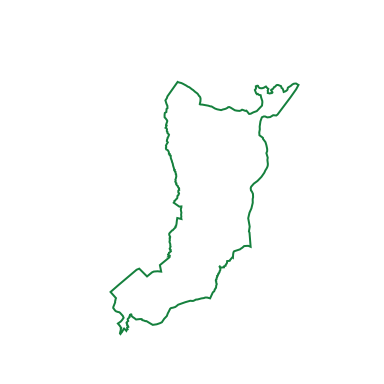 outline of Archis, Arad, Romania, rotated 315°
{"feature_id": "2599482B89375276768530", "entity_name": "Archis", "entity_type": "district", "adm_level": 2, "iso_a3": "ROU", "parent_name": "Romania", "parent_adm1": "Arad", "projection": "mercator", "projection_center": [22.118, 46.506], "detail": "fine", "context": "isolated", "style": "outline", "palette": "green", "viewbox_px": 384, "rotation_deg": 315, "n_neighbors": 0, "source": "geoboundaries", "source_scale": "gbopen_adm2", "svg_char_len": 6067}
<svg xmlns="http://www.w3.org/2000/svg" viewBox="0 0 384 384"><g transform="rotate(315 192 192)"><path d="M338.3,193.0L343.0,191.6L342.6,190.3L342.4,189.1L341.7,188.3L340.3,187.3L338.7,186.9L336.7,186.8L334.1,186.1L333.4,186.1L332.3,186.9L331.5,187.2L330.3,187.1L329.1,186.8L327.6,186.1L328.6,184.3L329.2,182.8L328.9,181.7L329.8,180.2L328.7,177.5L328.3,176.9L327.7,176.4L326.9,176.2L325.3,176.3L324.2,175.9L323.8,175.9L322.8,176.3L322.2,176.3L321.5,176.2L320.7,175.8L320.2,175.8L319.9,175.9L319.4,178.4L319.0,178.6L318.3,178.5L317.5,177.7L316.7,177.4L315.6,175.6L316.3,175.0L316.9,174.4L317.1,173.9L318.9,173.1L318.7,171.4L318.9,169.7L318.5,169.5L317.0,169.2L315.6,168.6L314.7,168.0L313.9,167.1L313.3,166.2L313.2,164.8L313.7,163.6L313.3,163.0L311.9,162.4L310.6,163.9L310.0,164.2L308.6,164.3L307.2,167.5L307.1,168.8L307.9,169.1L307.9,170.4L309.0,172.1L307.8,173.9L306.8,175.8L306.1,177.3L305.1,178.4L302.6,180.4L295.0,180.6L291.6,179.0L288.9,178.2L287.6,177.2L287.7,175.9L287.9,174.5L288.0,172.9L287.1,172.4L286.2,170.4L285.6,169.2L284.4,169.0L283.0,168.3L281.3,166.3L280.1,164.5L279.0,159.8L278.5,158.4L277.6,157.6L276.8,157.6L275.3,157.2L273.8,156.5L272.4,155.6L270.5,154.7L268.3,151.4L267.3,149.3L266.3,145.3L265.6,144.5L264.5,142.4L261.1,137.5L259.7,135.9L259.6,135.4L262.1,133.8L264.0,132.1L264.8,130.8L265.0,129.8L264.9,129.1L265.4,126.9L265.4,125.8L265.0,123.2L264.9,120.8L264.6,119.4L264.2,116.1L263.5,114.4L263.2,112.7L262.0,108.7L261.5,107.4L260.0,104.9L259.7,104.0L242.2,107.0L240.5,107.9L238.0,108.4L236.3,111.6L235.5,113.7L233.9,115.4L232.7,115.3L230.4,117.3L228.7,116.9L227.7,117.6L226.4,118.8L225.4,119.9L225.4,121.3L225.0,123.9L224.5,124.5L221.1,126.2L221.1,126.9L220.5,126.9L220.2,127.5L218.7,127.9L219.0,128.8L218.7,129.9L217.8,130.6L217.2,131.2L217.1,132.3L216.4,132.7L216.3,133.7L216.4,134.3L216.2,135.3L214.2,136.2L213.2,136.3L212.6,136.9L211.6,137.2L210.2,138.2L210.1,139.2L210.0,139.8L208.1,140.2L206.3,140.8L205.6,142.0L204.6,142.4L203.9,143.7L204.4,145.1L204.1,146.8L203.4,148.0L202.7,148.6L203.1,149.4L202.4,149.9L202.6,150.6L202.3,150.8L202.5,151.5L202.0,151.9L201.0,153.0L199.6,156.1L199.3,156.3L198.5,158.2L197.2,160.1L195.7,163.0L195.0,163.7L195.4,164.2L194.6,165.0L194.4,165.3L194.6,166.0L194.1,166.5L193.8,167.2L193.2,167.8L193.3,168.2L191.9,169.9L189.8,171.2L189.0,171.5L188.3,172.7L187.6,172.8L187.0,174.1L187.2,174.7L187.1,174.9L186.3,175.3L186.2,175.5L186.2,176.0L186.0,176.8L186.2,177.7L185.5,179.0L185.6,179.9L185.4,180.4L184.9,180.6L184.6,180.9L184.4,181.5L183.6,181.4L183.1,181.5L182.0,182.7L182.0,183.6L181.7,184.0L181.1,184.1L180.1,184.6L179.4,184.4L178.7,184.6L178.2,185.2L177.0,186.0L175.3,185.9L173.6,186.1L173.2,185.9L172.2,186.6L171.5,186.7L172.7,193.4L174.3,194.7L173.4,195.5L172.2,196.1L171.6,196.6L170.4,198.3L169.9,199.1L168.3,200.3L166.9,202.0L166.1,202.5L165.4,203.6L163.2,200.0L161.1,201.5L158.5,203.6L157.3,204.3L156.9,204.7L156.1,204.6L155.6,204.8L155.3,205.4L154.1,205.3L151.3,205.4L150.8,205.1L147.2,205.2L146.4,205.4L145.6,206.2L145.2,207.1L144.9,208.2L144.6,208.5L144.1,208.5L143.5,208.8L143.4,209.4L142.3,210.1L142.0,210.7L141.2,211.0L140.7,211.6L140.4,212.0L140.3,212.6L139.8,213.4L139.4,213.9L138.4,214.8L138.4,215.3L137.1,216.0L136.2,216.2L135.8,216.9L136.0,217.5L135.6,217.6L135.6,217.9L135.4,218.6L134.9,218.8L134.9,219.0L133.4,218.9L132.8,218.7L132.6,218.9L131.5,219.3L130.8,219.3L130.7,219.5L130.6,220.0L131.0,220.1L131.0,220.3L130.7,220.6L130.9,221.0L130.7,221.0L131.0,221.2L130.4,222.1L129.6,222.2L117.6,221.0L113.9,226.5L111.6,223.7L108.8,221.3L107.1,220.6L100.5,219.9L100.5,208.9L97.9,207.8L74.1,205.8L63.7,205.1L63.2,213.3L61.9,213.9L61.3,214.4L60.5,214.8L59.6,215.7L55.0,217.7L54.3,218.3L53.8,221.5L53.9,222.6L54.6,224.1L55.6,225.7L55.7,226.6L55.5,230.6L54.7,232.6L51.9,233.1L50.0,233.2L46.6,232.6L46.3,236.1L46.1,236.3L45.9,238.0L45.0,238.3L45.0,238.6L41.1,241.0L41.0,241.8L42.7,241.5L43.0,241.1L43.4,241.5L47.3,240.4L47.5,240.5L47.4,243.7L48.2,243.3L49.3,243.6L49.5,242.9L50.1,242.1L51.6,242.4L51.8,241.7L51.7,241.2L52.1,241.0L52.0,240.1L52.7,239.7L52.7,239.1L52.8,238.8L53.3,238.6L53.4,238.1L53.9,238.0L55.7,238.1L56.1,237.1L56.5,236.5L57.2,236.3L58.3,236.4L59.5,236.3L59.7,235.7L60.8,235.4L61.3,235.0L62.2,235.3L62.4,235.4L62.5,235.7L61.7,236.8L61.6,237.3L61.8,239.4L62.0,240.0L62.3,242.6L65.3,245.0L66.4,246.1L66.5,246.4L66.3,246.5L66.2,246.9L66.5,247.9L66.9,248.4L67.7,250.3L68.5,251.1L69.4,254.8L70.3,258.2L73.5,260.6L76.6,262.1L78.6,262.8L82.6,262.0L86.5,261.9L89.1,260.7L91.1,260.1L94.0,259.1L95.3,259.3L96.5,260.2L98.7,261.4L100.2,261.7L102.5,261.9L109.4,265.2L113.9,267.7L115.2,269.3L116.1,270.0L118.8,270.9L119.9,271.9L123.4,273.9L125.4,275.4L126.8,276.0L128.0,277.2L129.6,280.0L135.5,277.8L136.0,277.7L137.4,277.9L138.4,277.5L139.1,277.0L139.8,277.0L140.3,276.7L140.8,276.8L141.5,276.5L143.2,275.1L144.0,274.9L144.6,274.3L144.6,274.0L145.0,273.2L145.5,272.9L145.8,272.4L145.9,271.9L146.5,271.2L146.9,271.0L147.4,271.2L148.3,270.5L148.4,270.3L149.3,270.1L149.8,269.8L150.3,269.1L151.1,269.4L151.7,268.9L152.5,268.8L152.7,268.4L153.3,268.3L153.9,268.4L154.2,268.2L154.6,268.2L155.5,267.5L156.1,267.5L156.8,267.2L157.9,266.2L158.7,264.3L159.0,264.3L158.7,265.6L161.3,267.8L161.6,267.3L162.0,267.2L163.7,267.9L164.5,267.2L165.5,267.2L166.6,266.9L168.0,265.7L170.0,267.3L170.3,267.3L170.8,267.0L174.7,266.7L174.7,267.2L177.1,265.1L178.5,264.1L179.5,263.7L180.1,263.8L185.4,266.5L186.4,266.6L188.3,267.0L190.6,267.1L192.7,268.9L193.8,270.0L194.7,272.2L204.0,261.3L204.3,260.2L208.3,257.3L213.2,250.3L218.0,247.3L222.4,245.6L227.3,242.6L229.9,239.9L231.5,238.9L233.8,236.4L234.7,233.9L234.8,232.6L236.2,230.8L237.6,230.1L241.6,229.8L246.1,230.5L251.8,230.4L256.8,229.5L259.1,228.6L261.4,228.1L263.1,227.5L264.2,226.9L265.5,225.8L268.0,222.6L269.8,221.3L272.1,217.1L274.0,216.3L275.6,214.7L277.7,211.5L279.2,208.7L279.8,204.5L280.4,204.0L280.4,203.3L279.8,199.6L281.7,197.4L284.2,195.7L286.1,193.6L290.4,190.4L294.2,188.6L296.1,189.3L297.1,190.3L298.0,192.5L300.3,194.3L303.7,195.1L305.7,197.5L307.3,197.7L328.5,194.7L338.3,193.0Z" fill="none" stroke="#15803d" stroke-width="2"/></g></svg>